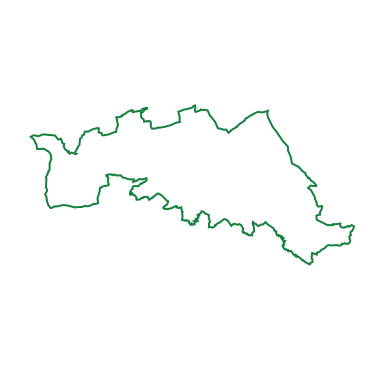 Hobøl nor, Østfold, Norway, rotated 249°
{"feature_id": "86288312B48934534405414", "entity_name": "Hobøl nor", "entity_type": "district", "adm_level": 2, "iso_a3": "NOR", "parent_name": "Norway", "parent_adm1": "Østfold", "projection": "albers", "projection_center": [10.908, 59.61], "detail": "fine", "context": "isolated", "style": "outline", "palette": "green", "viewbox_px": 384, "rotation_deg": 249, "n_neighbors": 0, "source": "geoboundaries", "source_scale": "gbopen_adm2", "svg_char_len": 6052}
<svg xmlns="http://www.w3.org/2000/svg" viewBox="0 0 384 384"><g transform="rotate(249 192 192)"><path d="M87.9,320.4L89.5,322.2L93.3,322.6L94.2,323.2L94.5,323.5L94.8,325.0L96.9,325.0L98.1,326.1L98.0,327.1L100.1,329.7L101.9,330.9L102.3,330.7L103.9,329.1L103.2,326.3L104.5,325.5L104.1,323.8L104.3,322.3L104.1,321.2L105.2,319.4L106.4,318.4L107.9,318.3L109.3,319.2L109.7,318.4L110.4,314.6L111.5,312.2L110.6,311.8L112.4,306.8L121.4,298.5L125.3,299.6L125.5,300.9L124.9,303.5L127.1,304.1L129.5,306.8L132.0,308.5L132.5,307.9L132.7,306.1L133.5,304.3L135.9,304.0L137.3,304.6L140.7,304.3L143.9,304.8L151.3,303.7L154.2,301.8L155.5,305.0L153.9,307.7L153.1,310.1L153.7,310.4L154.1,309.8L155.2,309.9L157.9,308.8L159.8,307.2L162.7,306.7L163.3,305.2L164.3,305.5L167.5,304.3L169.6,304.5L170.1,303.7L171.8,302.7L177.3,300.5L182.7,295.6L190.0,296.8L196.2,296.5L200.2,297.8L206.7,295.1L218.5,292.4L223.6,290.7L234.6,289.7L238.3,290.3L240.6,292.0L240.9,287.1L241.5,285.3L242.6,283.6L243.2,281.8L242.9,277.7L242.4,275.8L242.6,275.0L241.5,270.3L241.4,268.4L240.1,267.2L239.9,266.1L239.3,265.4L238.4,260.5L237.6,259.2L237.7,258.4L236.7,257.4L236.9,256.2L236.3,255.2L235.9,252.1L234.2,247.2L237.8,246.4L238.3,245.8L238.6,244.3L242.4,239.0L249.3,238.7L257.5,236.1L262.5,235.8L264.2,233.5L264.5,231.8L265.0,230.7L265.9,230.0L265.3,228.8L265.3,224.9L265.6,223.9L267.8,224.0L269.9,225.6L271.8,225.7L271.8,224.3L271.0,223.2L270.7,221.4L271.7,214.4L271.8,208.1L266.4,207.3L262.5,205.7L261.9,206.0L261.7,205.4L262.4,202.4L262.0,195.6L262.5,192.2L262.4,191.3L263.7,184.5L264.1,184.2L264.2,182.8L264.5,182.3L264.3,181.3L265.3,177.4L268.2,177.1L271.4,178.4L272.9,178.4L273.5,177.8L273.6,176.3L274.1,176.1L274.8,172.5L276.5,172.9L280.1,171.4L284.4,172.8L284.2,174.7L285.3,176.6L285.9,178.6L285.9,180.0L286.5,180.1L286.9,179.6L287.3,176.0L286.5,173.3L286.5,171.9L287.5,167.4L287.6,165.3L288.5,165.2L289.3,165.9L290.0,165.4L289.9,160.9L288.8,156.6L288.9,154.8L288.5,153.7L287.8,153.7L288.1,150.0L288.9,148.2L280.7,146.8L278.1,144.2L275.2,142.5L275.7,141.1L275.6,135.0L276.6,129.5L277.4,128.6L279.7,128.6L280.3,127.0L281.2,126.2L284.8,127.8L285.6,126.7L286.1,121.8L285.9,118.8L285.5,117.4L286.7,113.5L284.2,111.7L284.1,110.9L284.3,110.0L282.2,108.2L281.8,106.5L276.4,103.9L275.5,102.1L274.2,101.3L273.5,99.8L272.5,99.2L271.5,97.6L269.9,96.5L269.1,97.6L269.0,97.1L272.0,93.6L271.5,92.3L271.9,91.2L273.1,91.1L273.9,91.7L274.2,91.3L274.0,90.4L275.6,90.2L276.4,89.3L278.1,88.6L280.7,88.6L282.6,90.0L283.5,88.9L284.2,88.6L288.0,88.9L288.9,88.5L288.5,87.7L289.2,85.8L293.8,84.4L299.1,73.8L299.2,68.5L301.4,65.2L301.7,64.0L301.3,61.3L296.9,63.5L294.5,63.2L292.9,63.9L287.7,62.8L285.4,69.2L280.9,72.8L277.3,73.5L273.6,72.7L269.8,69.4L263.6,66.9L262.8,65.9L262.8,65.2L261.2,64.3L258.0,60.8L256.2,60.7L248.8,57.4L245.9,57.4L244.9,56.9L242.5,54.1L238.8,54.3L236.0,53.3L231.6,53.1L227.7,54.2L227.4,55.9L227.7,57.5L227.6,59.4L227.1,60.0L226.0,67.2L223.9,71.1L219.4,77.4L219.1,79.2L217.4,84.2L217.5,87.1L216.1,89.3L215.9,90.7L215.9,92.6L215.6,93.8L216.3,95.8L215.6,97.1L215.2,100.3L219.9,101.5L225.6,106.0L228.9,107.6L228.7,109.0L229.1,110.5L228.8,113.3L228.3,115.2L228.6,116.9L232.5,117.4L235.1,119.0L236.9,118.5L237.5,117.8L238.4,117.9L238.2,120.2L237.9,122.1L235.9,124.3L236.2,125.1L236.0,125.9L234.4,127.6L233.1,131.4L229.9,132.8L229.1,134.6L226.8,137.0L224.5,142.3L222.6,140.7L222.2,144.3L223.0,146.4L222.6,148.3L221.5,150.0L221.4,152.9L221.1,154.5L219.0,153.8L218.8,152.3L218.4,151.9L218.3,150.8L218.5,150.1L217.7,148.2L218.3,147.3L216.6,143.9L217.9,141.5L218.3,138.6L216.1,137.7L216.0,136.4L214.3,134.4L213.4,135.1L213.2,133.8L211.9,133.2L211.5,133.5L211.1,134.9L212.1,135.5L208.9,137.5L207.5,138.1L204.6,137.5L203.7,140.6L204.5,142.9L204.0,144.1L204.6,145.0L203.4,148.8L200.0,149.2L201.1,152.9L200.7,153.6L201.6,154.7L202.2,157.4L202.7,158.2L202.9,159.6L202.4,160.2L199.7,162.5L192.6,165.6L191.8,166.4L189.7,164.8L189.1,163.7L188.2,160.0L187.2,159.5L186.0,160.4L185.7,161.9L185.1,162.1L184.4,164.8L184.4,168.9L184.7,171.8L184.2,172.7L183.1,172.1L182.8,172.9L181.6,174.0L181.8,175.6L181.6,176.5L177.1,175.6L176.6,176.1L175.9,175.3L171.7,174.1L169.6,172.6L167.5,175.7L167.9,175.8L167.8,176.2L166.3,178.6L164.5,178.1L161.9,178.9L161.4,180.2L162.2,180.4L161.6,180.7L161.5,182.0L161.0,182.6L162.0,182.8L162.8,184.8L163.8,183.8L163.4,185.9L164.1,186.3L163.2,187.0L164.5,187.1L164.6,186.8L164.3,185.9L164.9,185.3L165.6,186.3L165.3,187.3L166.2,188.3L166.0,188.9L167.0,189.0L167.4,189.8L167.8,189.0L168.6,189.1L168.6,191.0L168.9,191.3L169.2,192.9L170.6,194.0L169.1,196.0L167.4,196.4L164.5,199.5L162.4,198.5L157.4,198.0L156.8,196.8L153.1,195.1L152.9,196.5L151.9,197.7L151.3,199.3L151.8,200.9L153.0,201.9L152.5,202.4L153.6,204.7L153.5,206.6L155.2,212.1L154.8,213.1L152.8,215.0L146.3,216.6L147.4,219.6L145.2,222.7L144.9,224.3L145.1,224.7L143.6,226.0L139.3,226.7L137.9,225.4L136.1,225.1L135.5,225.4L135.8,226.1L134.9,226.5L134.4,227.4L133.0,227.9L132.5,228.6L132.8,229.0L131.6,229.3L130.8,230.3L130.6,230.7L130.8,231.8L130.2,232.5L131.4,232.7L132.6,234.4L132.8,235.5L133.4,236.2L138.2,237.3L141.1,237.3L142.2,238.2L139.8,239.4L139.2,240.3L137.8,240.7L136.3,241.9L136.6,242.3L136.5,243.2L137.0,244.5L136.2,246.6L137.6,249.8L134.8,251.0L128.5,255.3L126.5,255.0L124.8,256.6L123.5,255.7L122.1,256.1L121.1,255.8L120.5,256.8L120.6,257.5L119.7,257.4L119.7,258.2L119.2,258.4L119.3,259.1L117.6,260.3L117.2,258.8L116.3,259.1L115.8,260.7L115.0,259.5L113.8,260.2L113.3,259.6L112.8,260.3L112.7,261.1L110.8,258.8L110.2,259.2L109.7,258.4L109.2,258.5L108.8,258.0L109.0,257.4L107.4,257.3L105.1,258.1L104.6,258.6L104.8,259.4L103.6,260.0L103.5,260.8L102.1,260.6L101.4,263.3L97.2,264.5L95.4,265.5L96.1,266.4L94.9,266.8L94.6,266.0L94.1,266.2L93.7,268.0L90.4,270.0L88.6,270.4L88.6,271.2L85.8,272.7L82.3,275.8L82.5,276.5L83.2,276.8L83.5,279.5L86.4,280.3L87.5,280.0L92.0,282.3L88.9,286.0L90.5,286.8L90.3,288.1L90.6,290.1L91.5,291.8L92.2,296.2L93.4,298.9L93.4,301.0L91.9,303.5L90.6,308.2L89.5,309.2L88.9,311.4L89.0,312.5L90.0,313.1L89.2,315.2L89.5,316.2L87.9,318.1L87.9,320.4Z" fill="none" stroke="#15803d" stroke-width="2"/></g></svg>